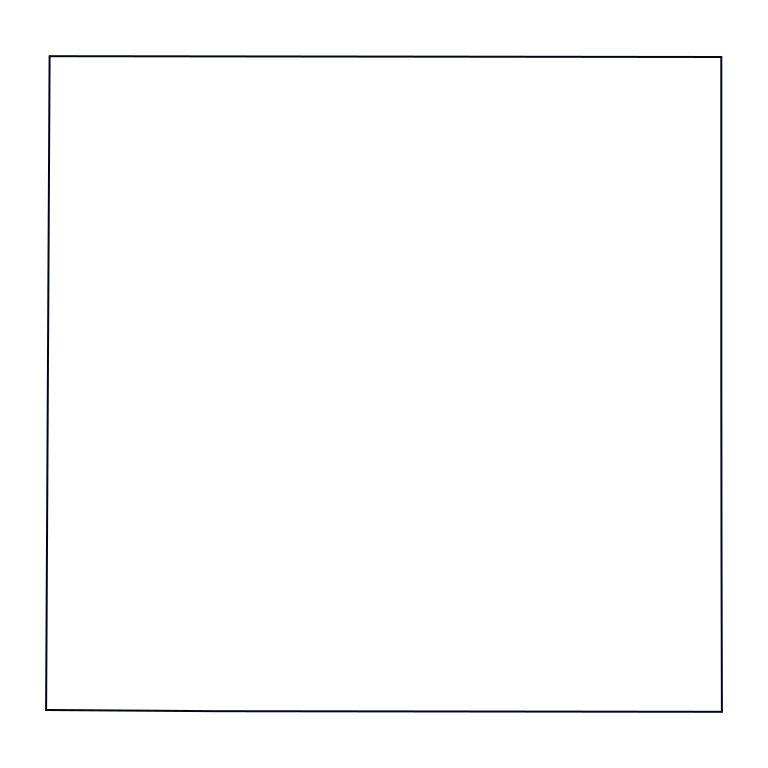 the district of Butler, Iowa, United States of America
{"feature_id": "52423323B94920072587023", "entity_name": "Butler", "entity_type": "district", "adm_level": 2, "iso_a3": "USA", "parent_name": "United States of America", "parent_adm1": "Iowa", "projection": "equal_earth", "projection_center": [-92.775, 42.732], "detail": "fine", "context": "isolated", "style": "outline", "palette": "ink", "viewbox_px": 768, "rotation_deg": 0, "n_neighbors": 0, "source": "geoboundaries", "source_scale": "gbopen_adm2", "svg_char_len": 217}
<svg xmlns="http://www.w3.org/2000/svg" viewBox="0 0 768 768"><path d="M49.6,56.2L46.1,710.0L216.3,711.2L721.9,711.8L721.5,550.4L721.3,386.7L721.3,57.0L49.6,56.2Z" fill="none" stroke="#020617" stroke-width="2"/></svg>